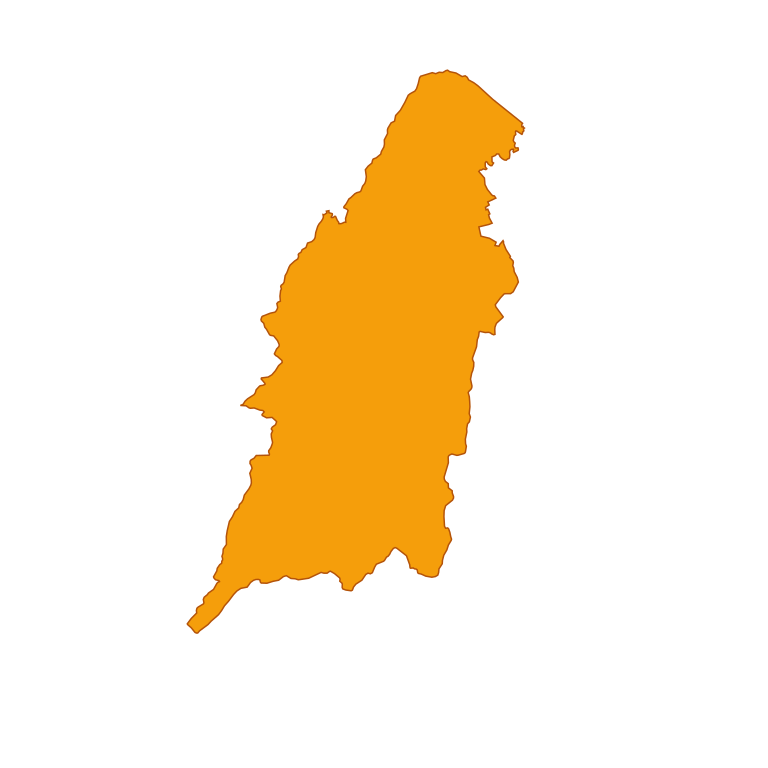 Chun, Phayao, Thailand (Natural Earth projection), rotated 29°
{"feature_id": "78962969B62058634056036", "entity_name": "Chun", "entity_type": "district", "adm_level": 2, "iso_a3": "THA", "parent_name": "Thailand", "parent_adm1": "Phayao", "projection": "natural_earth1", "projection_center": [100.139, 19.355], "detail": "fine", "context": "isolated", "style": "filled", "palette": "amber", "viewbox_px": 768, "rotation_deg": 29, "n_neighbors": 0, "source": "geoboundaries", "source_scale": "gbopen_adm2", "svg_char_len": 6135}
<svg xmlns="http://www.w3.org/2000/svg" viewBox="0 0 768 768"><g transform="rotate(29 384 384)"><path d="M378.8,88.8L341.0,82.3L321.8,77.7L316.8,77.0L310.6,77.0L308.1,75.4L305.6,75.1L303.3,77.2L296.2,77.1L290.0,79.0L287.5,78.7L286.3,79.8L284.4,83.1L281.1,84.6L278.8,87.5L275.3,88.3L266.8,97.1L266.7,99.0L268.3,104.7L269.3,110.0L269.0,112.9L266.2,117.3L265.2,119.7L265.7,127.7L265.6,136.7L264.0,143.5L265.8,149.0L263.6,152.2L263.4,158.3L263.8,160.1L265.7,163.2L265.9,170.3L268.1,174.0L269.0,176.7L269.0,181.9L269.7,184.6L267.6,189.9L265.5,192.5L265.5,193.8L266.3,196.7L264.5,201.2L263.8,205.6L268.0,211.2L269.6,215.3L270.0,217.9L269.4,221.4L270.2,226.2L269.7,227.7L267.5,229.8L266.3,231.7L264.6,237.1L263.6,239.1L263.6,244.6L263.0,248.4L263.4,249.3L266.8,249.1L268.5,249.7L270.1,257.8L272.2,261.1L270.9,261.7L269.3,264.0L267.8,265.2L266.7,265.6L266.1,264.6L263.9,263.6L260.4,260.9L259.6,261.2L258.9,262.9L257.6,263.8L256.9,263.6L256.9,261.1L256.1,260.1L252.8,260.9L251.8,259.1L249.8,260.8L251.1,262.0L249.6,265.0L248.5,265.3L250.0,267.3L250.4,269.2L250.3,272.1L249.6,275.4L249.6,278.3L250.9,284.7L252.7,289.2L252.8,291.6L251.8,294.5L248.8,297.8L249.6,302.5L247.3,306.2L247.5,309.1L246.4,311.0L246.2,312.2L247.6,314.2L247.9,316.5L246.2,319.8L244.3,325.5L244.3,328.0L245.1,333.9L245.0,337.1L247.3,343.4L247.1,345.5L246.2,347.6L246.4,348.8L248.2,350.6L248.3,352.5L250.4,357.6L253.2,361.8L251.6,363.8L251.3,365.6L253.9,368.6L254.3,370.5L254.2,372.8L253.7,374.1L250.2,377.2L244.8,383.7L244.6,384.7L245.1,387.2L246.1,388.3L249.4,389.2L252.2,392.1L254.7,393.1L259.9,396.3L261.0,396.5L264.2,395.4L270.0,397.8L273.2,400.3L273.7,401.3L273.9,402.2L273.1,405.5L273.5,410.8L275.4,411.6L277.5,411.6L283.3,412.9L284.5,414.5L282.9,419.0L282.6,425.1L281.5,430.3L279.3,434.1L273.9,438.1L274.1,439.1L279.6,441.2L280.1,442.0L278.9,443.7L276.5,445.6L276.1,446.5L275.0,451.0L275.7,454.2L275.5,456.3L271.9,463.0L270.8,466.4L270.6,470.1L268.8,472.4L274.0,469.9L277.5,470.3L278.9,470.0L282.1,467.9L288.1,467.0L290.9,465.9L292.7,466.5L292.1,469.8L292.8,470.6L297.7,470.5L302.3,467.5L307.1,468.6L308.4,469.1L308.9,472.2L307.2,475.8L307.1,477.5L307.3,478.0L309.3,479.0L309.6,482.4L311.4,485.2L314.8,489.0L315.3,490.5L315.9,494.6L315.5,498.2L316.1,499.4L317.8,500.8L318.0,502.0L306.9,508.5L306.3,512.0L304.5,514.8L304.3,516.4L305.4,518.6L307.3,519.6L309.5,521.7L309.9,527.1L314.2,531.9L316.0,534.9L316.6,537.1L316.7,541.2L315.7,548.9L316.9,553.4L316.9,556.5L316.0,559.4L317.0,562.8L315.4,567.6L315.8,573.6L315.4,579.2L318.0,588.3L320.0,593.8L324.0,600.8L323.4,606.3L325.2,610.1L325.8,613.3L327.3,614.7L328.2,616.3L328.0,617.5L328.9,619.5L327.9,621.7L327.5,626.0L328.4,628.6L328.4,635.3L329.1,636.0L331.5,636.9L334.9,636.0L335.9,636.6L334.8,638.1L334.5,639.4L334.5,646.3L331.8,651.9L331.6,653.9L330.1,657.7L330.4,660.0L332.5,662.6L332.7,663.8L329.6,669.2L329.1,670.8L329.7,673.0L331.2,675.1L329.1,682.5L328.2,689.1L328.8,689.6L333.7,690.7L339.1,692.9L340.6,692.8L341.8,692.1L342.4,689.2L346.7,679.7L347.8,675.2L351.1,666.0L351.8,660.8L352.0,655.4L353.3,649.5L354.5,641.0L355.7,636.3L357.9,632.1L362.8,628.0L363.5,622.3L365.0,619.0L366.7,617.1L368.9,615.8L370.4,615.5L371.9,617.2L373.1,617.6L378.2,615.0L382.8,610.2L387.0,606.7L389.4,601.2L391.5,599.0L396.9,599.2L400.8,597.4L403.9,596.8L405.3,595.8L412.3,590.4L420.3,579.3L423.1,578.6L426.0,577.0L427.1,574.5L427.9,573.7L432.6,573.8L439.2,575.1L440.2,576.0L440.9,577.9L443.8,578.6L444.5,579.2L446.1,582.3L447.4,583.2L450.5,582.7L455.5,580.8L456.3,579.6L455.8,576.3L456.4,572.7L459.8,566.3L460.4,559.4L461.7,557.2L464.1,556.6L465.3,554.7L464.6,548.5L464.7,545.3L469.6,539.2L470.0,537.9L470.1,534.2L471.1,532.6L471.5,530.2L471.3,527.2L471.9,523.3L473.0,521.7L474.8,521.4L486.9,523.3L494.1,529.6L495.9,532.1L496.4,532.3L498.9,530.7L500.2,530.9L501.8,530.3L503.2,530.5L505.0,532.7L505.9,533.0L508.7,532.2L513.7,531.8L519.5,529.8L522.3,527.5L523.7,525.1L523.2,522.5L521.7,519.0L522.1,513.0L520.6,509.8L519.3,504.8L519.4,498.6L518.4,493.6L518.6,488.3L518.3,487.0L516.4,485.2L513.5,481.8L510.8,479.4L509.5,479.0L507.8,480.3L505.9,479.1L500.7,470.9L498.0,465.6L496.9,460.5L500.2,452.4L500.1,450.0L499.3,448.6L496.5,446.2L495.4,444.3L490.7,443.6L488.5,440.0L484.9,439.4L482.9,438.0L481.7,436.2L478.5,421.7L475.5,416.7L475.4,415.4L475.8,414.3L477.3,412.3L482.3,411.1L483.4,410.3L487.8,405.9L488.3,404.7L488.0,403.5L486.2,398.5L484.3,396.7L481.9,392.8L479.7,385.8L477.9,382.9L476.4,378.3L477.0,375.7L475.6,371.0L472.9,368.6L470.2,362.3L467.5,357.9L464.8,353.8L461.8,350.7L461.8,349.3L462.6,346.5L462.6,344.8L461.9,343.1L457.3,337.8L455.4,331.9L455.1,329.2L453.9,325.1L452.1,321.6L449.8,319.9L448.8,318.3L446.9,306.6L444.1,300.0L443.6,296.4L442.0,292.4L442.5,291.4L447.6,289.9L450.4,288.1L452.2,287.7L453.9,288.0L456.0,287.8L457.0,286.8L454.5,282.7L453.5,280.5L453.0,277.4L453.0,276.1L455.7,268.2L455.7,267.5L444.4,262.3L442.9,260.7L444.1,252.1L445.3,247.3L445.8,246.5L450.9,243.6L452.3,240.7L452.1,229.7L448.8,226.2L443.4,222.6L441.3,219.7L439.3,218.2L438.2,215.0L437.2,213.8L432.7,212.4L432.7,211.1L425.5,207.2L420.2,202.9L419.7,201.7L418.6,200.9L417.6,205.7L417.7,207.8L413.9,209.1L413.3,205.6L405.6,205.4L397.1,207.7L390.8,200.6L398.4,193.6L400.6,190.9L395.8,187.8L393.4,185.2L394.1,183.9L390.0,180.8L388.8,182.2L387.1,180.3L389.2,176.4L386.5,174.4L391.7,167.2L389.4,166.0L387.6,166.6L386.1,166.2L380.1,163.7L375.6,160.6L372.0,155.2L363.9,152.2L364.3,150.3L365.5,149.6L366.5,147.8L369.1,147.1L369.6,145.9L367.3,145.0L365.3,141.5L365.5,140.0L366.5,139.9L368.6,141.1L371.3,141.4L372.5,140.7L372.7,137.6L370.8,137.3L368.3,133.1L370.7,130.0L371.0,128.2L372.9,127.2L375.3,128.9L378.0,129.6L380.6,129.7L382.4,129.0L383.0,127.1L383.9,126.4L384.1,125.5L382.9,122.4L381.2,119.9L381.1,118.2L381.9,116.8L383.4,115.9L383.8,116.3L384.0,117.9L385.1,118.6L388.0,114.6L387.7,113.5L386.7,112.5L384.8,113.7L383.4,113.3L382.4,111.9L382.0,109.7L380.1,109.2L378.9,108.2L377.7,103.8L378.3,102.0L376.7,99.6L376.6,98.9L377.3,98.4L382.6,98.8L383.6,98.8L383.7,98.4L383.4,96.8L383.0,96.5L383.6,94.8L382.2,93.2L382.7,92.1L381.5,92.0L380.9,91.4L380.3,92.2L379.8,92.2L378.7,90.1L378.8,88.8Z" fill="#f59e0b" stroke="#b45309" stroke-width="1.5"/></g></svg>